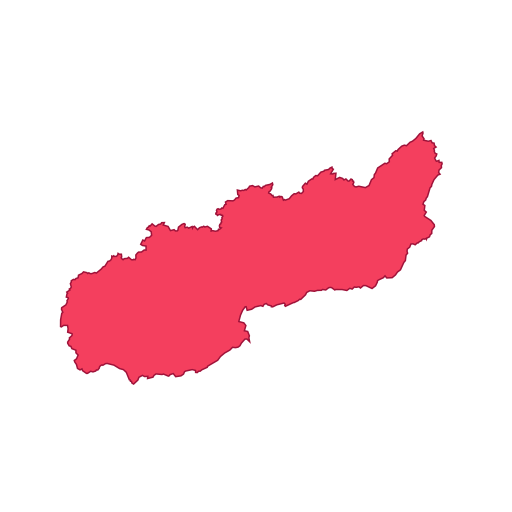 outline of Malinau, Kalimantan Timur, Indonesia, rotated 46°
{"feature_id": "22746128B54632748429230", "entity_name": "Malinau", "entity_type": "district", "adm_level": 2, "iso_a3": "IDN", "parent_name": "Indonesia", "parent_adm1": "Kalimantan Timur", "projection": "equal_earth", "projection_center": [115.266, 2.582], "detail": "fine", "context": "isolated", "style": "filled", "palette": "rose", "viewbox_px": 512, "rotation_deg": 46, "n_neighbors": 0, "source": "geoboundaries", "source_scale": "gbopen_adm2", "svg_char_len": 6114}
<svg xmlns="http://www.w3.org/2000/svg" viewBox="0 0 512 512"><g transform="rotate(46 256 256)"><path d="M313.2,320.1L309.9,318.0L308.8,316.2L304.5,314.4L301.7,316.3L299.0,311.6L295.6,311.2L291.2,313.9L287.8,308.3L285.8,303.4L285.0,299.1L285.6,298.3L288.9,300.1L291.3,296.1L292.0,292.0L295.0,287.0L297.0,286.0L296.4,283.8L297.3,281.6L299.3,281.5L302.6,279.6L303.2,280.2L304.2,279.3L305.6,274.9L309.3,268.5L311.1,268.5L311.5,269.7L312.6,269.8L315.5,261.4L316.0,260.9L317.4,256.5L317.4,254.7L318.3,254.0L318.3,247.3L317.4,244.9L318.4,241.4L322.0,238.4L323.4,235.7L326.1,232.8L326.3,231.4L328.9,229.4L329.3,225.7L330.2,224.4L331.2,223.6L335.2,222.9L335.4,222.0L340.0,217.3L343.9,214.6L344.4,211.0L346.6,209.8L346.6,206.8L348.1,205.7L349.7,203.3L351.6,203.1L351.9,199.2L353.7,197.5L360.0,195.1L360.5,190.7L359.1,186.9L358.2,185.8L358.3,184.7L360.1,179.4L359.9,177.0L362.6,177.2L366.2,173.1L366.5,168.8L365.8,165.4L366.3,161.7L363.3,154.1L363.1,151.8L359.6,147.5L359.3,145.0L357.4,144.0L356.1,142.2L356.4,139.3L355.0,136.3L356.3,134.6L358.5,133.7L358.6,130.8L359.2,130.4L359.2,128.5L360.0,126.2L359.4,125.3L360.1,123.6L361.2,122.8L361.6,121.2L362.2,121.5L361.8,120.8L362.7,117.9L361.7,115.9L361.9,114.0L359.6,111.6L358.8,107.2L357.3,106.0L351.9,105.5L344.6,107.2L343.7,106.9L342.7,103.0L340.0,103.2L337.0,99.5L334.7,99.9L333.5,97.5L333.6,95.1L332.6,93.3L332.4,91.5L327.9,83.5L327.8,81.4L326.6,79.7L324.7,74.9L324.1,69.0L325.0,66.8L322.8,66.6L321.3,64.6L321.3,61.2L319.6,59.8L319.0,58.1L317.7,57.3L315.9,59.2L314.3,58.0L313.4,60.2L312.7,60.4L309.6,59.5L309.2,56.9L308.2,55.1L306.5,55.8L304.4,55.0L303.9,54.2L302.1,53.5L302.7,50.8L300.6,50.9L298.5,49.5L296.9,50.7L294.5,49.9L293.2,52.3L289.1,55.0L288.4,53.7L285.0,53.1L283.6,50.5L282.6,49.9L281.8,53.4L282.5,59.4L282.1,63.8L281.2,66.1L281.2,71.1L279.3,72.3L278.2,74.9L278.1,79.9L278.7,81.5L277.4,82.3L277.0,87.1L278.4,87.8L278.7,92.8L280.8,94.6L280.4,97.9L278.8,98.9L277.2,107.3L279.4,112.5L279.6,114.3L281.6,116.7L281.3,119.9L283.8,125.7L282.8,129.8L277.2,133.6L275.8,136.1L274.4,136.9L271.7,136.6L271.1,134.6L269.9,133.9L269.2,134.5L268.0,133.7L266.6,134.2L266.8,136.8L266.2,137.7L263.0,137.8L262.4,139.9L260.4,139.8L257.6,141.2L256.1,145.9L252.0,141.0L250.4,142.9L250.4,143.7L248.7,145.2L247.3,140.1L246.0,140.4L244.8,139.6L244.1,141.9L244.2,143.7L241.9,147.2L242.2,148.2L240.7,151.1L241.1,155.9L239.6,157.2L239.4,160.0L240.1,161.6L239.3,162.3L238.6,166.4L239.7,169.5L237.9,169.9L238.3,174.2L239.1,175.3L240.6,175.5L242.5,177.1L242.6,179.8L241.2,181.0L239.8,180.8L239.0,184.2L237.7,185.3L237.4,188.6L237.9,192.3L236.1,196.2L235.2,196.3L234.9,197.5L231.7,196.1L230.4,196.7L230.2,198.0L229.1,197.8L228.2,200.0L225.8,202.6L224.2,201.7L223.6,202.5L221.7,202.3L219.5,203.2L218.8,202.3L219.1,200.8L218.5,198.2L217.9,197.2L217.2,197.3L216.4,194.4L214.9,193.5L214.2,196.2L211.8,200.1L211.8,201.9L211.0,202.4L211.5,204.4L210.1,205.3L207.5,205.5L205.5,208.8L202.9,209.6L201.3,212.2L201.8,213.6L201.7,217.3L200.7,217.5L200.4,219.2L199.2,220.2L198.4,221.8L195.6,223.6L199.1,226.4L200.7,226.1L201.9,228.0L200.5,230.1L200.8,232.7L200.3,234.3L196.5,237.9L196.0,240.5L198.0,241.6L197.4,242.8L198.7,246.7L197.7,247.2L197.8,248.7L196.7,250.2L195.7,250.4L195.3,251.4L195.7,252.7L197.2,253.5L197.3,255.2L198.2,255.8L198.9,255.2L200.0,255.6L200.4,254.0L201.6,252.5L202.5,252.8L203.5,251.8L204.3,252.2L204.7,253.9L205.7,254.5L205.9,256.0L207.7,257.1L207.6,257.8L208.4,258.9L208.1,259.9L208.8,261.3L210.2,262.3L211.6,261.5L211.5,263.8L210.7,264.4L211.4,265.7L210.0,268.0L207.5,269.7L206.9,270.9L205.4,269.3L200.9,270.3L199.6,272.7L198.3,272.9L197.9,274.7L197.3,274.9L196.4,277.0L196.5,279.7L191.8,279.7L191.4,281.3L191.8,282.2L190.4,281.5L189.2,285.1L187.5,285.4L186.4,287.3L185.3,286.9L184.0,284.9L182.7,285.2L181.8,287.3L181.4,291.7L183.3,294.5L183.2,295.3L181.9,296.6L180.2,296.6L178.3,299.9L173.7,298.7L169.3,301.2L168.3,298.7L166.5,300.7L166.8,302.4L165.6,304.2L165.3,307.3L164.2,308.0L160.7,308.4L160.9,311.6L160.1,311.8L160.5,313.5L160.1,314.4L160.7,316.3L162.7,315.0L165.7,314.5L168.6,316.7L168.6,319.7L166.6,322.1L167.8,325.7L165.9,326.3L167.5,330.8L169.5,330.4L172.5,328.2L175.4,331.0L174.0,332.3L173.6,335.6L171.6,337.8L171.5,339.2L171.8,341.7L174.0,343.7L174.7,345.6L173.4,346.3L173.4,347.1L172.1,348.2L168.4,348.5L168.4,350.1L166.3,352.7L166.5,353.9L165.9,354.4L163.6,354.2L163.3,353.2L161.2,351.6L159.7,353.1L158.3,353.4L159.2,354.8L159.3,356.7L157.7,358.4L157.0,358.2L156.8,359.4L155.9,359.8L157.4,361.3L158.0,362.9L157.9,364.8L157.0,366.2L158.4,371.8L157.6,373.5L157.9,376.5L157.4,382.7L155.9,383.4L154.6,386.4L153.4,387.6L152.0,387.9L151.7,389.2L150.5,389.2L147.6,391.1L147.7,393.3L146.5,397.0L148.1,399.1L147.1,401.2L147.3,402.6L146.0,403.6L145.5,406.1L146.5,407.1L146.9,408.7L150.0,410.4L150.4,411.8L150.1,413.3L151.2,413.5L150.5,417.2L151.9,417.4L151.9,418.2L153.8,421.0L155.4,420.1L156.2,420.5L156.9,423.1L158.0,423.7L159.1,426.7L158.2,431.7L159.2,432.9L162.3,434.1L162.3,435.5L166.2,440.9L171.0,445.6L171.8,445.3L172.3,442.5L175.0,439.8L177.8,441.7L180.0,444.4L184.1,442.3L184.9,442.9L185.4,443.8L185.3,447.2L186.3,447.8L187.1,451.3L188.0,452.1L190.9,452.8L192.4,451.9L194.7,452.8L198.7,451.0L200.6,452.8L203.7,452.8L205.3,456.6L204.9,459.3L206.4,460.0L209.3,460.5L212.9,462.5L215.7,461.7L216.3,459.6L218.0,460.4L222.7,459.5L223.4,458.7L224.1,455.0L226.1,453.8L227.4,451.2L227.1,450.0L228.1,449.0L227.8,446.8L226.9,445.2L227.0,443.5L227.4,442.4L228.2,442.1L228.9,439.0L229.9,437.7L235.8,434.0L242.3,432.3L245.6,430.3L249.6,430.1L257.1,433.1L257.9,432.6L258.9,433.3L259.7,432.7L261.2,433.5L263.1,433.0L263.2,427.2L261.9,424.5L263.0,420.6L265.3,419.9L267.4,417.4L268.8,419.1L271.6,414.3L271.0,412.3L271.4,409.8L276.0,405.9L276.6,404.6L281.5,402.5L281.9,401.4L281.6,400.2L283.1,397.2L287.0,397.6L290.1,393.2L290.6,390.2L289.6,387.8L289.9,386.5L293.4,380.8L296.3,379.0L297.8,380.3L299.0,379.3L299.1,377.2L300.1,376.1L300.2,374.1L302.2,368.4L301.7,367.4L302.1,365.4L304.4,356.0L303.6,351.4L304.0,345.9L305.5,340.1L305.4,336.3L307.7,334.4L309.1,332.2L309.4,329.9L308.5,327.0L308.1,321.7L309.4,320.2L313.2,320.1Z" fill="#f43f5e" stroke="#9f1239" stroke-width="1.5"/></g></svg>